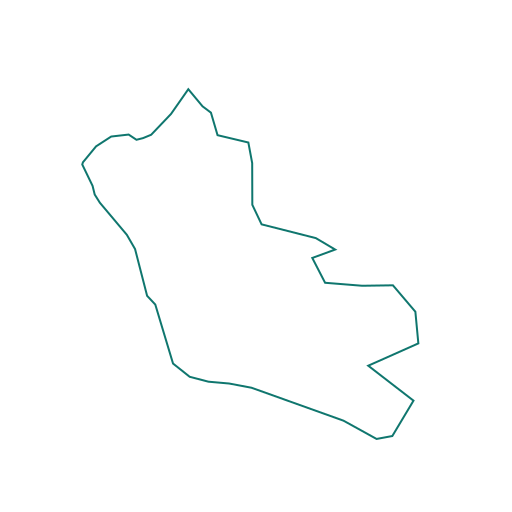 SVG path tracing the border of Pavilostas, rotated 287°
{"feature_id": "LVA-5719", "entity_name": "Pavilostas", "entity_type": "Municipality", "adm_level": 1, "iso_a3": "LVA", "parent_name": "Latvia", "parent_adm1": "", "projection": "albers", "projection_center": [21.267, 56.804], "detail": "fine", "context": "isolated", "style": "outline", "palette": "teal", "viewbox_px": 512, "rotation_deg": 287, "n_neighbors": 0, "source": "natural_earth", "source_scale": "10m", "svg_char_len": 674}
<svg xmlns="http://www.w3.org/2000/svg" viewBox="0 0 512 512"><g transform="rotate(287 256 256)"><path d="M116.3,424.8L124.1,387.8L128.7,290.2L126.2,267.6L121.9,247.3L121.1,227.9L128.9,208.1L180.1,173.9L186.1,163.5L227.3,138.3L238.5,126.3L261.3,91.1L267.6,83.8L275.3,79.2L292.7,63.1L295.0,63.1L314.1,71.0L327.9,82.6L334.9,98.7L332.2,107.7L335.7,113.5L341.3,120.3L367.0,133.2L395.7,142.5L383.5,161.1L379.9,171.0L360.3,183.9L362.3,215.5L343.7,225.2L303.9,237.5L287.9,252.1L290.6,308.0L285.3,329.8L270.6,310.4L250.6,329.9L258.6,366.3L268.0,395.5L249.3,424.7L219.9,436.8L183.9,395.4L163.7,448.9L123.7,439.0L116.3,424.8Z" fill="none" stroke="#0f766e" stroke-width="2"/></g></svg>